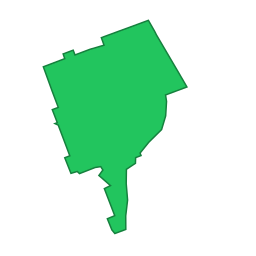 the district of Floyd, Georgia, United States of America, rotated 159°
{"feature_id": "52423323B2817589599691", "entity_name": "Floyd", "entity_type": "district", "adm_level": 2, "iso_a3": "USA", "parent_name": "United States of America", "parent_adm1": "Georgia", "projection": "orthographic", "projection_center": [-85.181, 34.333], "detail": "fine", "context": "isolated", "style": "filled", "palette": "green", "viewbox_px": 256, "rotation_deg": 159, "n_neighbors": 0, "source": "geoboundaries", "source_scale": "gbopen_adm2", "svg_char_len": 791}
<svg xmlns="http://www.w3.org/2000/svg" viewBox="0 0 256 256"><g transform="rotate(159 128 128)"><path d="M197.5,106.1L191.0,105.6L189.6,102.8L172.8,102.9L167.3,101.7L166.5,97.8L172.2,94.1L165.0,80.5L171.8,79.9L171.8,50.9L179.8,50.7L179.6,38.7L178.1,34.2L166.4,34.1L161.6,46.8L154.2,60.9L149.6,76.7L144.3,90.0L133.7,92.4L131.5,97.6L125.7,97.6L125.7,100.3L113.8,107.2L97.2,114.5L88.5,125.8L82.5,139.0L81.1,145.4L58.3,145.2L59.3,151.5L59.5,152.9L60.3,157.6L60.4,158.4L68.1,204.8L68.5,208.8L70.4,221.2L112.8,221.8L120.5,221.9L120.7,213.9L135.2,215.1L151.3,215.2L151.3,220.3L162.0,220.4L162.2,215.4L185.1,215.5L185.6,189.2L185.7,172.2L192.1,172.3L192.1,158.3L194.6,158.3L192.1,155.7L192.2,134.0L192.3,122.9L197.7,122.9L197.5,106.1Z" fill="#22c55e" stroke="#15803d" stroke-width="1.5"/></g></svg>